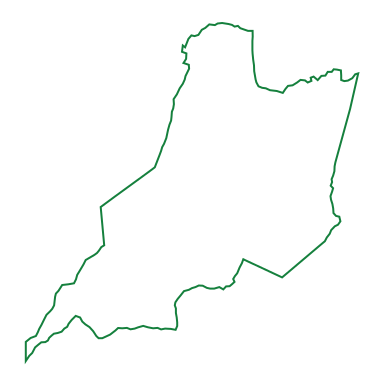 Orós, Ceará, Brazil (orthographic projection)
{"feature_id": "56859067B97337581228960", "entity_name": "Orós", "entity_type": "district", "adm_level": 2, "iso_a3": "BRA", "parent_name": "Brazil", "parent_adm1": "Ceará", "projection": "orthographic", "projection_center": [-38.964, -6.244], "detail": "fine", "context": "isolated", "style": "outline", "palette": "green", "viewbox_px": 384, "rotation_deg": 0, "n_neighbors": 0, "source": "geoboundaries", "source_scale": "gbopen_adm2", "svg_char_len": 2629}
<svg xmlns="http://www.w3.org/2000/svg" viewBox="0 0 384 384"><path d="M358.2,73.4L355.2,74.3L352.3,78.2L347.9,80.6L344.3,81.1L341.2,80.0L341.2,75.3L340.9,70.4L336.9,69.6L333.7,69.3L331.7,71.9L327.7,71.9L325.4,75.6L321.4,75.9L317.7,80.1L313.6,76.6L310.7,77.7L311.4,80.9L307.7,82.5L305.0,80.4L300.5,79.9L297.1,82.5L292.6,85.3L288.0,85.9L285.5,88.9L282.8,92.9L276.8,91.0L270.0,90.2L265.8,88.3L262.1,87.8L258.5,86.3L256.4,82.4L255.6,79.4L254.2,71.2L254.0,65.4L253.2,59.8L252.6,53.8L252.4,50.3L252.4,44.7L252.4,40.9L252.7,36.6L252.6,30.9L248.1,30.9L244.6,29.7L240.3,28.2L237.9,25.9L234.6,26.6L232.0,24.9L228.5,24.0L222.1,23.0L217.6,23.5L214.9,25.1L209.3,24.4L205.3,27.9L201.8,29.8L198.4,34.9L194.6,36.1L191.4,35.4L188.4,38.9L185.1,47.3L182.8,45.5L182.0,51.8L186.4,53.4L186.1,58.9L183.5,63.0L188.8,64.8L189.1,68.7L187.4,72.2L185.5,76.1L184.7,79.6L182.8,83.8L179.7,88.3L176.9,94.3L173.6,99.2L173.9,104.2L173.2,108.5L171.9,111.7L171.5,117.0L171.1,120.6L169.5,124.6L168.1,129.6L166.3,138.1L164.0,143.9L162.2,147.1L161.1,150.9L159.6,154.9L154.8,167.3L152.2,169.3L138.7,179.2L114.8,196.6L100.7,207.0L104.2,245.3L101.3,247.1L98.9,250.7L97.0,253.0L94.4,254.9L85.7,260.0L83.5,264.4L79.9,270.5L77.2,274.9L76.0,279.3L74.0,283.3L68.3,284.3L62.2,285.0L58.5,290.8L55.9,293.6L55.1,296.8L54.1,305.4L52.2,308.9L50.1,311.3L46.5,314.8L44.1,319.5L41.5,324.8L39.2,328.9L37.8,332.3L35.9,336.0L30.6,338.0L25.8,341.9L25.8,350.6L25.8,361.0L29.3,355.8L32.2,353.0L35.1,347.4L38.3,344.7L41.3,342.3L45.3,342.1L47.9,340.5L49.2,337.8L51.7,335.5L53.9,333.7L57.7,333.0L61.6,331.7L64.3,328.6L67.2,326.8L68.6,323.8L71.7,319.9L75.7,315.9L80.1,317.5L82.3,321.6L85.4,324.4L89.5,327.1L93.2,331.2L96.3,336.0L98.6,338.2L102.3,338.2L106.0,336.5L110.1,334.6L115.4,330.5L118.1,328.0L122.3,328.3L126.9,327.9L130.5,329.3L134.7,328.6L138.2,327.3L143.2,325.9L148.0,327.3L153.1,328.3L157.6,327.9L161.1,329.4L165.1,328.6L170.7,328.9L175.6,329.8L177.2,326.0L177.2,322.3L176.7,317.4L175.9,313.0L175.9,308.4L174.8,305.3L175.4,302.3L177.7,298.9L180.7,295.3L184.0,291.1L188.9,289.8L192.0,288.1L195.4,287.1L198.8,285.5L202.7,285.7L206.9,287.9L210.1,288.6L214.2,288.6L219.3,287.1L223.3,289.4L226.1,286.4L229.6,286.2L231.9,284.3L234.5,281.9L233.2,279.0L234.9,276.1L237.2,273.3L239.6,267.5L241.9,263.2L243.3,259.3L282.1,277.4L319.3,245.9L324.9,241.2L326.8,237.5L329.7,233.8L331.2,230.1L334.8,226.3L338.0,224.7L340.4,221.3L339.3,216.7L336.0,215.9L333.5,213.1L333.2,208.5L332.4,204.0L331.0,199.6L330.5,196.1L332.1,191.6L333.1,188.2L330.7,185.7L332.1,182.1L331.6,179.2L333.1,175.7L334.4,171.2L334.6,166.3L335.4,162.3L350.1,108.9L358.2,73.4Z" fill="none" stroke="#15803d" stroke-width="2"/></svg>